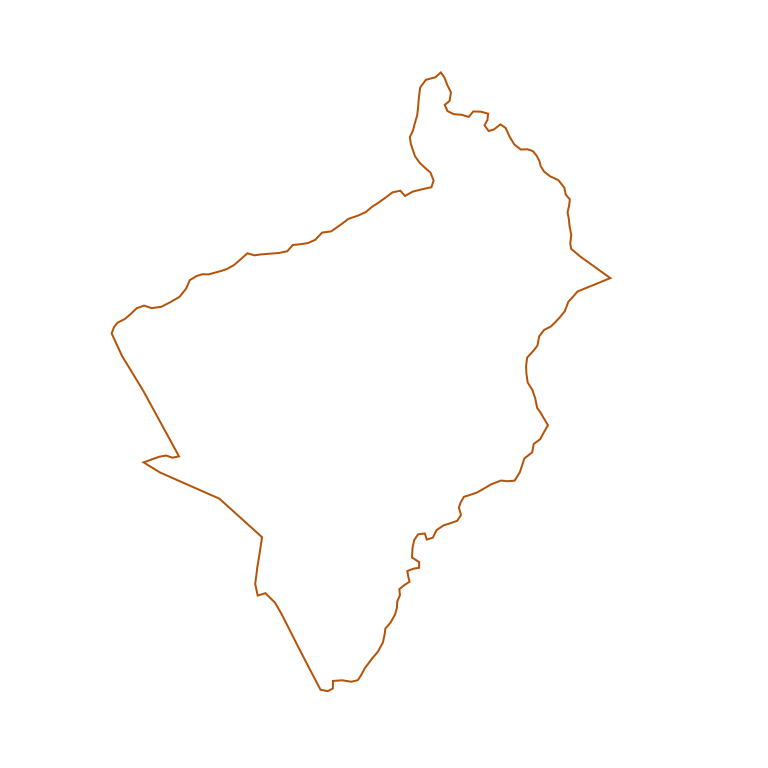 outline of Nordestina, Bahia, Brazil, rotated 243°
{"feature_id": "56859067B76720790859008", "entity_name": "Nordestina", "entity_type": "district", "adm_level": 2, "iso_a3": "BRA", "parent_name": "Brazil", "parent_adm1": "Bahia", "projection": "orthographic", "projection_center": [-39.446, -10.879], "detail": "fine", "context": "isolated", "style": "outline", "palette": "amber", "viewbox_px": 768, "rotation_deg": 243, "n_neighbors": 0, "source": "geoboundaries", "source_scale": "gbopen_adm2", "svg_char_len": 2662}
<svg xmlns="http://www.w3.org/2000/svg" viewBox="0 0 768 768"><g transform="rotate(243 384 384)"><path d="M140.5,188.6L135.9,194.4L135.9,200.2L142.6,203.7L139.0,212.2L133.5,219.8L132.0,226.2L134.7,231.0L139.4,237.8L144.9,248.9L148.2,256.9L154.2,265.7L160.9,271.1L165.5,274.2L168.4,281.4L173.5,289.1L178.6,293.8L184.2,297.1L188.7,302.4L194.2,304.5L195.6,310.8L196.2,317.0L201.5,318.2L206.8,319.9L206.0,326.6L204.3,331.8L209.3,334.5L216.7,330.2L224.7,334.8L231.1,339.9L234.6,346.1L232.3,352.5L226.0,351.5L224.9,357.7L230.0,364.5L231.0,373.0L229.9,379.4L228.9,387.1L232.3,393.1L240.0,394.7L243.9,398.8L247.2,404.0L246.2,409.8L245.1,417.6L245.4,424.6L246.0,433.5L244.9,444.3L241.3,449.9L238.6,456.5L243.7,465.0L248.3,469.6L254.0,475.3L255.8,485.0L262.6,490.2L263.9,498.1L268.3,504.4L272.9,511.4L281.4,510.8L287.4,510.5L293.1,509.6L302.9,512.3L311.5,513.5L320.0,512.7L328.6,515.6L335.4,518.7L342.5,523.5L345.8,532.3L348.6,538.2L356.0,543.9L359.5,551.2L359.5,558.8L361.3,564.6L363.4,570.4L366.8,578.2L373.5,585.5L376.2,592.7L378.6,598.5L375.6,633.7L409.0,616.5L414.1,614.4L419.4,612.1L424.8,613.8L431.7,618.5L441.0,621.2L446.8,623.5L453.6,625.5L458.8,629.8L464.1,633.4L470.4,631.9L476.9,633.8L486.5,631.9L493.5,626.4L500.5,623.1L506.8,622.5L512.1,623.7L518.0,623.7L524.0,622.3L527.9,618.6L530.9,612.2L538.4,608.8L547.5,608.2L557.0,608.6L562.5,605.5L560.9,597.7L561.9,592.1L568.8,591.0L572.3,596.0L577.6,599.5L582.7,593.9L586.3,587.3L583.5,580.7L588.4,575.7L592.8,568.7L598.3,564.5L605.1,564.8L606.5,571.0L613.5,576.1L621.7,576.1L629.5,577.0L635.8,576.1L634.0,568.9L636.0,559.4L631.8,550.9L625.6,546.6L620.0,543.0L614.1,539.4L608.3,535.5L601.5,529.1L596.7,524.9L592.2,519.1L585.6,516.9L579.7,516.0L572.9,515.0L564.6,516.3L558.0,518.7L551.1,521.4L542.8,520.6L537.8,515.6L540.1,506.9L542.4,496.8L542.0,488.1L548.8,486.3L550.9,478.6L549.4,470.2L548.1,461.6L547.3,453.8L545.5,445.9L545.8,437.9L547.3,427.1L545.8,418.9L544.9,412.9L544.0,406.1L547.0,397.6L543.7,388.3L544.1,380.1L546.8,372.2L549.3,365.8L546.2,358.1L548.5,349.7L552.4,340.3L555.4,333.0L557.5,326.9L562.5,321.7L560.5,314.1L558.1,304.4L557.8,296.3L558.6,290.5L560.1,283.3L561.3,277.5L564.3,271.9L565.3,265.9L564.7,258.1L558.9,251.1L554.5,241.4L553.9,230.4L553.9,220.5L557.1,211.4L562.8,205.8L563.8,198.2L561.3,189.7L559.6,182.8L559.6,174.2L557.2,169.2L552.7,164.3L528.0,163.3L487.3,166.4L412.6,168.5L414.4,162.0L419.1,157.5L421.2,150.9L422.1,144.2L423.3,134.2L406.9,144.2L363.0,180.0L356.9,185.1L302.9,205.8L288.2,195.3L277.8,187.6L272.8,184.3L264.4,178.5L252.8,175.4L251.5,183.3L238.7,187.6L225.7,188.3L214.7,188.3L190.2,188.2L173.8,188.3L140.5,188.6Z" fill="none" stroke="#b45309" stroke-width="2"/></g></svg>